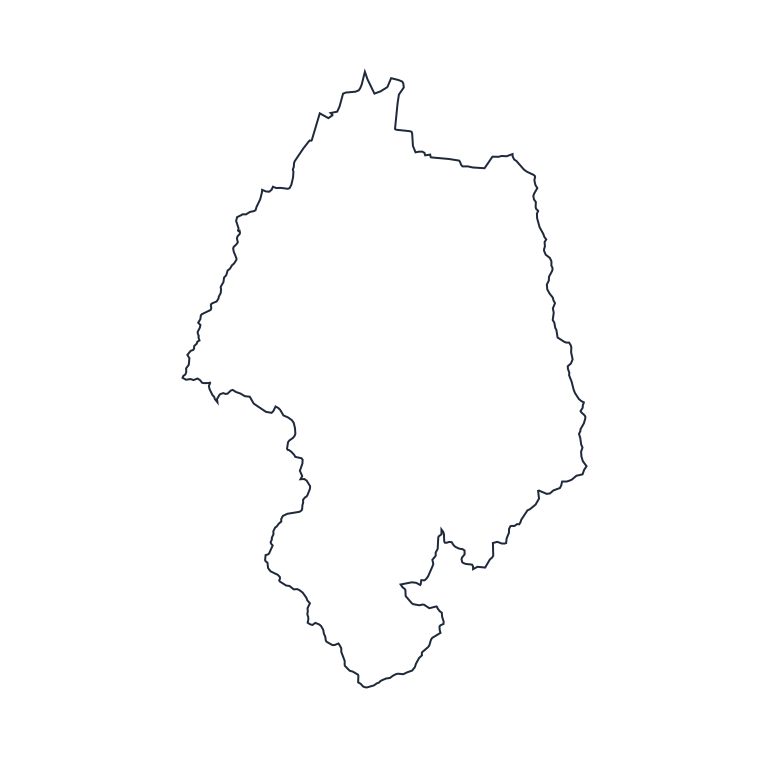 Luc Yen, Yên Bái, Vietnam (orthographic projection), rotated 214°
{"feature_id": "81297802B97878568873252", "entity_name": "Luc Yen", "entity_type": "district", "adm_level": 2, "iso_a3": "VNM", "parent_name": "Vietnam", "parent_adm1": "Yên Bái", "projection": "orthographic", "projection_center": [104.703, 22.111], "detail": "fine", "context": "isolated", "style": "outline", "palette": "slate", "viewbox_px": 768, "rotation_deg": 214, "n_neighbors": 0, "source": "geoboundaries", "source_scale": "gbopen_adm2", "svg_char_len": 6166}
<svg xmlns="http://www.w3.org/2000/svg" viewBox="0 0 768 768"><g transform="rotate(214 384 384)"><path d="M386.4,242.9L384.6,240.3L384.0,238.2L381.7,234.1L381.9,232.3L382.7,230.7L391.6,222.3L394.1,218.0L393.7,214.6L392.2,212.4L393.1,209.7L393.3,205.7L394.0,204.2L393.4,200.0L391.6,197.6L391.0,193.6L390.1,192.6L389.4,189.2L387.8,188.3L386.0,187.9L384.5,179.2L384.9,177.8L386.5,176.0L384.1,171.5L382.9,170.8L380.7,170.7L377.3,166.7L374.5,165.6L373.0,165.3L365.4,166.4L362.9,165.9L362.2,165.6L361.3,164.2L361.1,162.6L360.0,162.0L352.5,162.2L349.4,163.7L343.9,163.3L341.3,165.4L339.0,165.8L334.8,165.6L328.9,163.4L326.5,161.7L322.8,160.8L322.0,155.3L320.1,153.0L318.8,150.2L316.5,148.4L315.1,146.6L313.8,143.4L311.1,143.4L308.6,144.2L307.3,147.6L303.3,148.4L300.9,148.2L296.9,146.2L294.2,143.4L291.3,141.6L288.9,138.9L287.5,138.2L280.7,138.7L278.8,140.2L276.7,143.4L276.2,143.3L271.7,141.1L269.6,138.0L261.8,132.5L259.3,128.8L258.5,128.4L252.2,127.1L249.0,128.1L243.1,128.5L242.1,127.8L238.6,122.2L235.6,122.4L232.0,121.5L229.4,122.3L228.3,123.1L223.8,128.5L222.6,131.7L221.1,133.9L220.9,135.5L219.9,137.5L217.6,141.0L214.7,143.6L213.5,147.1L211.5,150.6L210.3,151.7L205.7,154.2L203.7,157.7L200.4,162.2L200.1,166.6L201.1,170.1L201.7,176.5L200.8,180.3L202.2,182.0L202.4,183.1L200.4,190.2L200.2,192.4L202.0,198.1L202.1,200.4L198.0,209.3L200.2,211.1L202.4,214.0L202.2,215.7L200.5,218.3L201.6,220.3L205.6,223.5L208.2,226.7L210.7,226.8L214.1,227.9L215.4,228.9L216.2,228.9L221.0,223.5L227.3,223.4L228.6,222.8L231.0,220.3L236.7,217.8L238.4,217.8L247.5,220.3L251.0,225.1L252.0,225.6L255.1,225.9L258.1,227.1L250.0,235.2L246.1,237.2L241.6,237.6L241.6,238.5L243.4,242.2L240.6,243.9L240.0,246.2L239.9,249.2L242.0,260.8L242.6,262.5L245.6,265.3L245.1,270.4L246.9,273.2L247.3,277.3L253.2,287.1L253.4,288.4L252.3,291.5L255.0,295.5L252.2,294.5L250.4,293.1L246.0,287.1L244.7,286.5L243.3,287.4L241.7,289.5L239.5,290.7L236.0,289.2L233.7,288.9L229.7,289.5L226.5,291.0L224.1,291.0L221.9,287.8L222.3,283.8L221.7,282.0L219.8,280.2L218.6,279.9L215.7,280.5L210.0,283.5L208.1,282.5L206.6,280.3L204.3,284.7L197.5,288.4L198.1,297.8L197.3,300.6L197.4,302.7L204.8,313.1L201.8,316.5L197.2,317.6L195.0,319.0L193.8,320.4L196.0,324.6L197.2,330.5L199.2,333.6L199.7,336.4L199.3,337.4L196.5,339.2L195.4,342.1L193.4,343.4L193.6,346.0L194.3,348.2L194.4,359.5L193.0,361.8L190.9,368.8L191.4,375.7L196.5,381.6L195.9,382.3L187.7,383.9L185.3,386.0L184.0,390.6L180.0,396.1L180.3,398.9L181.8,402.7L177.9,405.4L175.6,408.4L174.7,410.1L173.2,415.5L168.9,420.1L170.1,424.9L170.1,429.1L176.0,431.2L179.8,434.3L182.7,438.0L183.9,442.3L186.6,444.0L191.2,449.1L194.4,451.6L194.9,454.8L195.8,456.4L196.3,463.1L197.8,467.9L198.8,469.5L200.2,470.2L204.5,470.8L205.9,471.4L206.0,475.4L207.2,477.4L208.0,480.5L211.0,480.2L214.0,480.5L220.8,483.4L224.0,485.7L229.7,490.8L235.6,494.9L236.6,496.9L240.1,499.5L241.6,501.5L240.5,505.6L241.4,509.9L246.6,514.9L249.1,519.0L250.8,520.5L253.7,521.8L256.0,520.3L257.7,519.8L266.1,519.6L271.2,525.1L273.4,526.3L277.1,530.1L279.9,531.4L283.2,538.1L286.3,541.1L287.4,546.6L290.4,548.2L292.3,550.0L297.1,551.5L301.5,553.7L304.6,557.5L305.2,562.0L307.2,565.2L307.9,572.2L309.0,574.3L311.5,575.8L313.4,578.8L314.6,579.9L317.2,581.3L322.2,581.6L325.6,583.8L326.6,585.0L327.5,588.0L330.2,591.4L330.4,594.6L333.3,595.6L335.9,597.5L342.7,601.0L349.9,607.2L352.5,610.8L353.0,613.7L355.9,614.3L357.3,615.6L359.9,619.8L362.9,620.9L365.3,623.3L366.0,625.7L366.4,632.1L369.8,633.7L372.6,636.3L373.6,637.6L374.4,640.0L375.2,640.8L377.0,641.0L384.1,639.9L387.9,640.0L398.8,642.9L401.6,642.9L404.6,644.6L406.0,646.5L409.7,641.4L414.0,638.8L416.1,636.4L421.2,633.1L421.3,619.1L431.4,613.2L436.2,611.3L440.6,608.3L442.5,608.8L445.4,610.8L446.7,611.2L456.1,606.8L471.7,598.2L472.4,598.4L474.0,600.0L477.7,596.6L479.8,598.3L482.3,598.0L485.0,596.1L487.4,593.7L493.1,597.5L500.8,607.5L502.2,608.5L504.0,608.0L516.1,601.6L517.5,601.6L529.7,624.3L533.5,632.3L533.4,640.9L536.2,644.1L538.0,644.9L542.0,644.1L549.1,641.5L547.3,632.6L547.4,631.6L550.5,624.7L554.3,619.4L568.1,627.4L574.4,632.1L569.9,619.7L569.1,615.6L569.2,613.2L571.1,610.4L578.7,604.2L580.3,601.8L576.0,589.1L575.1,583.6L579.8,578.8L577.2,578.3L577.0,577.9L578.8,573.3L588.6,572.5L580.2,545.7L580.5,544.9L581.7,544.4L582.0,543.1L582.6,534.1L582.6,518.7L582.1,516.8L580.2,513.6L579.6,511.0L577.7,509.2L574.9,504.4L572.2,497.3L571.8,493.7L572.8,492.1L579.0,489.0L583.0,486.2L586.4,485.4L585.8,482.2L586.7,479.2L589.6,477.6L593.6,476.8L592.3,474.5L589.9,467.9L588.7,459.5L587.7,456.4L588.4,454.7L591.3,451.8L593.3,447.4L596.3,445.5L596.5,444.6L599.1,440.2L597.8,436.5L591.6,431.7L590.8,429.6L590.1,429.4L589.4,430.3L588.0,428.9L587.5,427.4L588.0,424.7L587.4,422.5L584.4,419.7L584.5,416.8L585.3,413.8L584.9,412.1L582.6,409.7L576.5,405.6L575.8,404.4L575.7,400.1L576.4,397.4L576.2,393.3L577.1,390.7L575.6,385.9L576.1,382.8L574.1,378.7L573.8,374.0L573.4,372.7L572.0,371.4L570.2,368.0L569.8,363.9L569.0,362.4L568.9,358.8L571.4,355.1L572.0,353.4L571.7,352.6L569.5,350.2L569.2,348.4L574.1,339.9L574.2,338.5L572.5,335.0L572.3,330.9L569.2,330.3L568.2,327.8L567.6,323.0L566.6,321.7L564.4,320.2L564.0,319.0L561.3,316.9L562.4,314.7L561.8,312.7L562.6,309.4L561.3,307.1L561.2,306.2L561.3,305.4L562.8,303.4L563.3,298.2L559.7,296.5L557.1,291.7L556.6,290.6L556.8,286.3L554.6,283.3L554.0,280.7L554.9,278.5L554.5,276.5L550.6,276.8L547.0,280.0L544.2,280.7L541.6,284.3L538.6,284.3L535.5,283.3L533.5,284.2L529.6,287.0L529.1,287.8L528.7,287.6L528.1,284.5L525.9,282.3L520.2,279.0L517.5,278.3L515.8,276.9L511.9,275.7L514.0,278.1L514.3,283.0L514.0,284.2L512.1,286.6L509.9,287.1L508.3,288.5L507.3,293.0L506.1,294.5L502.2,294.6L497.7,295.8L492.5,296.1L488.2,298.4L481.0,294.9L466.3,294.9L461.1,297.2L460.6,299.7L461.3,304.7L458.2,305.0L455.6,304.5L449.8,301.7L445.0,302.6L440.1,302.5L437.1,301.3L433.0,297.5L429.6,293.1L429.1,290.9L429.3,288.5L430.9,284.2L431.0,282.1L428.2,276.1L426.9,275.6L425.7,276.1L423.0,276.0L419.1,275.1L416.7,274.0L411.0,276.3L409.1,275.7L407.2,272.5L405.2,265.0L400.3,261.9L400.0,258.3L396.9,260.7L394.0,260.6L388.2,258.0L387.6,257.2L386.7,255.4L385.3,248.9L385.3,247.5L386.0,246.0L386.4,242.9Z" fill="none" stroke="#1e293b" stroke-width="2"/></g></svg>